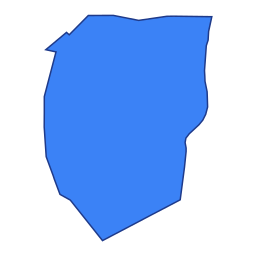 Caldeirão Grande do Piauí, Piauí, Brazil (Equal Earth projection)
{"feature_id": "56859067B90482329140185", "entity_name": "Caldeirão Grande do Piauí", "entity_type": "district", "adm_level": 2, "iso_a3": "BRA", "parent_name": "Brazil", "parent_adm1": "Piauí", "projection": "equal_earth", "projection_center": [-40.609, -7.321], "detail": "fine", "context": "isolated", "style": "filled", "palette": "blue", "viewbox_px": 256, "rotation_deg": 0, "n_neighbors": 0, "source": "geoboundaries", "source_scale": "gbopen_adm2", "svg_char_len": 645}
<svg xmlns="http://www.w3.org/2000/svg" viewBox="0 0 256 256"><path d="M45.8,49.7L56.0,51.9L44.3,96.6L44.3,101.7L44.3,112.4L44.2,127.1L44.7,134.4L46.2,156.7L53.3,176.0L54.3,179.1L60.0,194.4L70.3,200.1L102.5,240.6L112.0,235.6L143.2,219.2L150.4,215.4L180.2,199.8L184.5,167.1L186.1,151.5L186.1,148.0L185.1,142.5L185.9,138.1L189.3,133.7L198.9,124.8L202.8,120.1L205.7,114.3L207.6,107.0L207.3,96.9L207.1,91.7L205.0,81.3L204.8,76.0L204.5,70.6L206.3,45.7L208.1,40.1L208.6,31.5L211.8,16.7L173.6,16.2L166.8,16.3L142.0,19.9L138.7,20.4L113.3,15.4L90.7,15.5L88.3,15.5L69.2,34.8L66.5,32.4L45.8,49.7Z" fill="#3b82f6" stroke="#1e3a8a" stroke-width="1.5"/></svg>